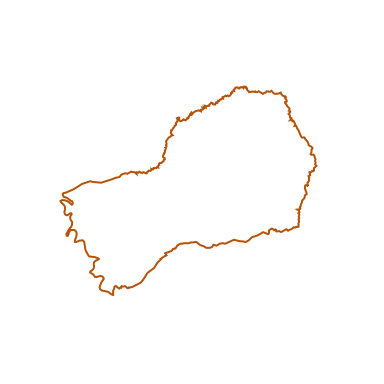 the district of Bugalagrande, Valle del Cauca, Colombia, rotated 302°
{"feature_id": "7082276B64894766259605", "entity_name": "Bugalagrande", "entity_type": "district", "adm_level": 2, "iso_a3": "COL", "parent_name": "Colombia", "parent_adm1": "Valle del Cauca", "projection": "mercator", "projection_center": [-76.061, 4.201], "detail": "fine", "context": "isolated", "style": "outline", "palette": "amber", "viewbox_px": 384, "rotation_deg": 302, "n_neighbors": 0, "source": "geoboundaries", "source_scale": "gbopen_adm2", "svg_char_len": 6061}
<svg xmlns="http://www.w3.org/2000/svg" viewBox="0 0 384 384"><g transform="rotate(302 192 192)"><path d="M213.2,296.0L216.0,297.0L216.4,298.3L217.7,298.8L218.6,300.5L219.2,300.7L221.7,299.0L223.9,298.4L225.2,296.9L226.6,296.9L227.4,295.7L229.7,295.0L230.1,294.6L230.4,293.4L231.9,293.8L232.9,292.5L232.9,290.6L234.5,292.5L235.2,292.7L235.8,292.4L236.3,291.5L237.5,291.6L239.3,290.9L241.1,290.8L243.2,290.0L246.5,290.6L248.9,289.5L250.8,290.4L251.9,289.7L254.9,285.8L257.1,284.7L257.7,284.6L258.2,284.9L258.4,286.7L259.1,286.9L260.9,285.1L263.7,285.3L265.0,284.3L265.8,284.2L267.2,282.4L268.7,283.4L270.9,281.1L271.2,281.2L271.3,282.2L273.7,282.7L273.6,283.6L274.2,284.0L275.2,283.9L276.8,282.8L280.1,283.7L280.8,281.7L282.6,281.1L283.7,279.8L285.2,279.4L285.9,278.2L287.9,276.2L288.0,275.1L286.9,273.4L286.9,272.6L289.1,272.2L291.1,271.0L293.1,271.0L293.7,269.2L293.5,266.2L294.9,264.9L296.1,262.8L296.9,260.0L297.8,258.7L297.7,258.1L296.6,256.9L296.5,256.3L297.2,254.6L301.2,249.0L301.4,247.8L303.2,245.5L303.2,244.9L302.5,244.1L303.5,244.1L304.3,243.5L306.2,240.4L306.2,240.1L305.2,239.6L306.3,238.3L305.2,237.3L306.7,237.5L307.3,237.2L307.0,235.7L308.9,234.3L309.4,232.5L312.0,233.0L312.4,232.4L312.2,231.2L313.1,231.3L314.5,230.3L315.2,227.4L316.1,226.0L316.5,224.3L317.0,223.6L317.7,223.3L318.4,224.2L319.1,224.3L320.4,223.0L321.0,221.1L321.3,220.9L322.1,221.4L322.6,220.6L321.9,218.9L321.8,217.7L322.4,215.6L323.3,214.5L321.5,213.4L319.2,210.4L319.0,208.7L319.9,205.8L318.3,205.0L317.0,202.0L315.3,201.7L314.5,200.8L312.8,200.1L312.8,195.2L311.1,194.2L310.6,193.1L310.8,192.3L309.8,191.7L309.5,190.5L308.8,189.5L308.0,189.0L307.6,188.1L307.1,187.7L307.4,187.4L307.2,186.9L307.5,186.4L307.6,185.0L308.6,184.1L308.6,183.5L309.1,183.5L309.7,181.8L309.0,181.6L309.0,180.9L307.7,180.7L308.5,179.9L307.0,178.9L307.1,178.2L306.0,177.3L305.0,177.4L304.5,176.7L304.9,175.3L303.6,173.5L302.7,173.9L300.8,173.2L300.0,174.3L299.1,173.4L298.1,172.8L297.8,172.8L297.3,173.5L296.5,172.7L295.2,173.3L293.6,173.0L293.1,172.3L292.7,172.3L292.8,171.3L292.5,170.9L291.6,170.5L291.5,170.0L290.6,169.6L291.2,169.6L291.3,169.3L290.0,168.8L288.7,167.7L287.6,168.8L287.3,168.0L286.1,167.8L285.7,167.0L285.1,166.7L283.6,166.8L283.2,165.7L281.1,166.4L280.6,166.1L280.9,165.1L280.7,164.9L278.3,165.2L277.6,163.3L278.3,162.4L278.0,161.8L278.0,161.0L274.9,160.4L274.3,160.9L272.9,159.1L272.1,158.9L271.9,157.4L270.7,158.8L270.6,158.0L269.6,157.9L269.9,157.0L269.1,157.5L268.8,157.4L268.8,156.5L267.9,157.5L267.4,157.4L266.3,156.0L265.1,156.8L264.8,154.5L262.5,152.2L260.3,151.2L258.8,151.0L259.3,149.4L258.2,149.3L257.5,150.8L257.0,150.5L257.2,149.9L256.9,149.2L255.8,149.5L254.5,149.3L252.9,149.9L252.4,149.7L252.8,149.0L252.5,148.7L251.7,148.9L249.4,148.6L249.2,148.3L249.2,146.7L248.6,146.8L248.3,146.0L247.5,145.9L246.0,144.9L245.9,144.1L246.6,142.6L248.3,141.7L248.1,141.2L246.6,140.1L246.3,140.8L244.5,142.2L241.7,141.8L241.5,142.3L241.1,142.4L240.7,142.9L239.3,142.6L238.9,142.2L237.1,142.5L236.2,142.2L234.2,142.3L233.2,141.6L232.5,142.3L231.3,142.4L230.5,143.2L229.9,145.5L229.3,144.7L227.5,144.4L225.9,143.4L221.3,143.1L219.3,145.0L218.1,144.9L217.6,146.0L217.0,146.3L216.1,146.3L215.5,145.9L215.1,146.7L213.8,147.2L212.7,146.9L212.0,147.6L210.8,148.1L210.3,147.7L209.6,147.8L209.1,148.2L207.7,148.0L206.3,149.0L206.1,150.2L206.3,150.8L205.3,151.7L204.1,151.1L202.8,151.6L201.8,150.9L201.0,150.9L200.2,150.5L199.6,149.4L198.7,149.1L198.0,149.2L197.5,149.8L197.1,149.5L195.8,149.6L195.0,150.3L194.9,149.2L193.5,149.2L192.9,147.9L192.0,147.4L191.8,146.7L190.6,147.0L190.3,146.8L190.1,145.4L189.8,145.7L188.0,145.7L187.3,144.1L186.1,144.0L185.7,143.5L185.1,143.3L183.8,143.7L183.4,142.6L183.1,140.6L182.5,139.8L181.8,139.8L181.8,139.0L181.3,138.5L181.3,136.6L180.1,136.4L180.0,135.8L179.6,135.7L179.3,134.6L178.7,134.6L178.0,135.3L178.4,132.9L177.0,130.1L177.0,129.5L173.2,127.6L173.0,126.5L172.2,125.1L169.6,123.2L168.9,122.8L166.3,122.6L163.7,119.8L159.9,117.0L151.7,110.0L147.7,101.9L147.3,100.1L140.6,94.5L131.8,90.3L124.9,85.6L122.9,83.6L122.0,83.3L120.7,84.4L119.9,85.6L120.8,89.0L120.3,93.9L120.6,95.3L119.5,96.7L118.0,97.1L117.5,96.6L118.2,92.2L117.8,89.0L116.3,86.1L114.7,85.2L114.2,85.7L113.7,87.2L113.0,90.7L112.0,92.1L110.5,93.3L107.2,94.5L105.9,95.9L105.7,97.4L106.2,98.5L106.7,98.9L109.3,99.9L110.0,100.9L109.5,101.7L106.8,101.8L105.3,102.5L104.0,104.0L103.0,106.4L100.8,107.5L98.4,108.0L95.2,107.5L90.3,107.7L89.7,107.8L88.6,108.8L88.8,109.7L89.3,110.0L92.8,109.0L94.9,109.2L95.6,109.6L96.8,111.2L97.3,112.1L97.4,113.6L96.8,115.1L95.4,116.4L92.6,117.6L89.0,118.3L87.6,119.2L88.4,120.5L91.0,122.2L93.1,124.9L92.8,126.4L92.3,127.3L87.1,131.7L85.8,133.2L83.1,138.1L82.9,139.0L85.3,144.1L86.0,147.4L85.9,148.4L85.2,148.4L82.6,146.7L80.8,146.2L79.2,146.6L76.8,148.5L75.6,148.9L74.5,149.1L72.5,148.8L70.9,147.8L69.7,148.3L69.8,151.9L68.6,154.6L69.2,156.0L72.2,158.7L72.7,160.0L72.7,161.4L72.2,162.6L71.5,163.2L67.6,163.0L63.9,163.6L62.0,164.2L61.0,165.4L60.7,167.7L62.9,173.9L62.5,177.3L62.7,179.2L62.9,179.6L66.4,177.5L69.2,177.1L70.6,176.4L72.0,177.2L71.6,179.5L71.6,181.5L73.1,181.9L73.2,182.6L74.3,182.2L75.0,182.3L75.1,183.5L76.8,185.3L76.2,188.3L76.8,189.1L77.5,188.9L78.6,190.5L80.3,192.0L88.0,196.6L92.0,197.1L99.8,197.1L107.3,200.1L113.6,200.1L118.4,201.3L118.6,200.8L122.5,202.5L124.8,203.9L125.8,201.7L131.2,205.9L133.6,206.1L133.8,206.8L134.8,207.0L135.3,207.9L138.9,207.9L141.7,209.3L145.4,213.9L146.1,215.5L148.9,218.1L150.0,219.9L151.6,221.5L151.9,222.8L151.3,226.6L152.2,230.8L152.2,233.1L152.5,234.2L154.2,236.8L156.2,238.2L158.6,238.2L159.6,241.3L162.8,242.9L164.8,245.1L165.7,247.5L173.7,252.9L175.7,258.9L177.0,261.1L177.7,263.2L178.4,264.3L181.0,265.7L185.6,266.9L189.0,269.9L193.1,272.4L195.3,273.3L195.7,273.9L196.5,278.5L197.0,279.1L198.2,279.0L199.8,277.9L200.6,277.7L203.2,279.0L203.5,279.9L203.1,281.9L204.3,282.4L204.6,282.8L204.4,283.3L203.5,283.8L203.3,284.4L203.7,285.2L205.0,286.4L205.2,288.6L205.7,289.1L210.4,291.7L210.5,292.5L210.0,293.6L210.2,294.1L211.5,294.6L213.2,296.0Z" fill="none" stroke="#b45309" stroke-width="2"/></g></svg>